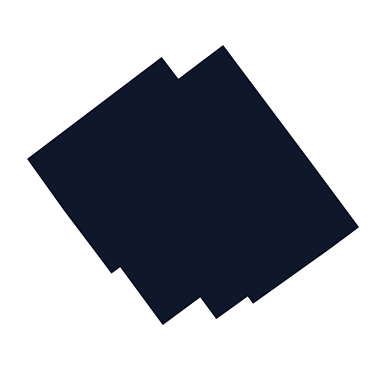 Logan, Illinois, United States of America, rotated 324°
{"feature_id": "52423323B39972764046718", "entity_name": "Logan", "entity_type": "district", "adm_level": 2, "iso_a3": "USA", "parent_name": "United States of America", "parent_adm1": "Illinois", "projection": "natural_earth1", "projection_center": [-89.404, 40.121], "detail": "fine", "context": "isolated", "style": "filled", "palette": "ink", "viewbox_px": 384, "rotation_deg": 324, "n_neighbors": 0, "source": "geoboundaries", "source_scale": "gbopen_adm2", "svg_char_len": 374}
<svg xmlns="http://www.w3.org/2000/svg" viewBox="0 0 384 384"><g transform="rotate(324 192 192)"><path d="M78.8,69.0L78.3,131.9L79.4,191.2L79.6,209.9L90.5,209.8L90.9,281.7L137.5,281.3L137.7,308.3L176.5,308.5L176.4,317.5L268.9,318.3L305.7,317.9L304.9,236.7L302.8,92.5L302.8,92.2L246.7,93.2L246.1,65.7L78.8,69.0Z" fill="#0f172a" stroke="#020617" stroke-width="1.5"/></g></svg>